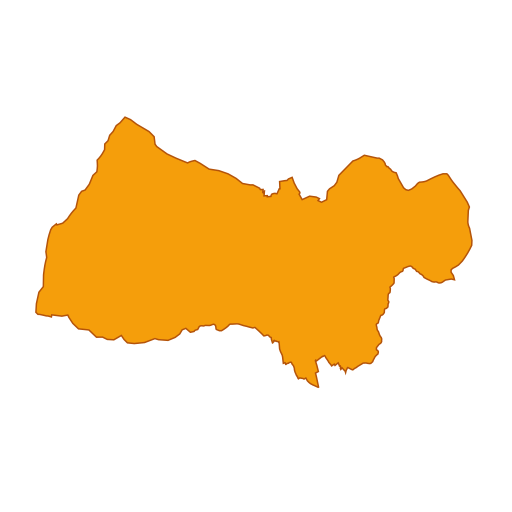 the district of Otelu Rosu, Caras-Severin, Romania, rotated 276°
{"feature_id": "2599482B58163307864274", "entity_name": "Otelu Rosu", "entity_type": "district", "adm_level": 2, "iso_a3": "ROU", "parent_name": "Romania", "parent_adm1": "Caras-Severin", "projection": "robinson", "projection_center": [22.358, 45.525], "detail": "fine", "context": "isolated", "style": "filled", "palette": "amber", "viewbox_px": 512, "rotation_deg": 276, "n_neighbors": 0, "source": "geoboundaries", "source_scale": "gbopen_adm2", "svg_char_len": 6104}
<svg xmlns="http://www.w3.org/2000/svg" viewBox="0 0 512 512"><g transform="rotate(276 256 256)"><path d="M378.5,117.0L380.4,111.2L374.2,106.8L371.1,103.4L364.9,100.9L360.8,97.9L355.2,96.8L351.6,93.9L345.9,94.3L344.0,93.5L341.5,92.4L339.1,91.1L336.8,89.6L334.7,88.0L331.8,88.5L329.0,88.9L326.0,89.0L323.1,88.9L319.1,85.4L309.9,82.7L303.7,79.1L302.1,75.8L298.0,73.4L284.9,71.9L282.2,69.9L279.4,68.0L276.5,66.3L273.4,64.7L268.4,60.3L266.1,54.7L267.1,54.1L263.3,50.3L260.7,49.1L255.4,48.0L250.6,47.3L238.3,46.6L235.6,47.3L232.6,48.0L228.7,47.4L224.7,47.0L220.7,46.8L216.7,46.7L214.9,46.7L203.3,47.7L197.3,43.9L185.7,42.6L177.0,43.0L175.2,45.2L175.3,47.0L174.9,50.8L174.5,53.7L174.6,55.5L174.0,58.9L176.1,59.0L175.9,69.2L177.6,75.0L175.3,76.4L169.8,80.9L165.0,87.1L165.0,97.5L158.6,105.8L159.3,111.9L157.5,116.8L157.8,123.4L162.9,130.4L159.2,133.5L156.2,137.2L156.2,144.1L158.3,154.2L163.3,164.1L162.6,167.8L162.9,177.3L166.6,184.1L170.5,188.3L174.9,190.3L176.7,193.8L173.3,198.7L174.0,200.9L174.5,202.3L175.5,202.9L176.0,203.6L176.8,205.7L179.6,206.8L180.2,207.3L180.7,208.1L181.0,209.5L180.9,210.9L181.1,211.6L181.7,212.8L181.8,214.2L182.0,216.9L182.4,218.2L183.1,219.4L183.6,220.6L183.7,221.4L182.8,222.9L181.2,223.5L180.1,223.7L179.1,224.0L178.8,224.3L177.9,227.4L178.1,229.5L179.7,231.6L181.9,234.1L183.5,235.6L185.0,236.7L185.6,237.5L185.8,239.6L186.5,243.8L186.6,245.3L186.4,246.7L185.5,250.8L185.1,254.0L184.6,256.8L184.1,260.4L184.8,262.2L184.8,262.5L181.8,266.6L178.6,270.7L177.4,272.0L177.5,272.8L178.0,274.2L178.5,275.0L178.5,276.4L178.4,276.8L177.1,277.9L176.5,279.7L176.2,279.8L176.0,279.7L174.5,280.1L171.3,281.5L171.5,281.8L171.8,281.9L172.7,282.7L173.0,282.7L173.3,283.0L173.5,283.0L173.8,282.7L174.0,282.9L173.7,283.3L173.6,283.9L173.5,284.7L173.5,284.9L173.3,284.9L173.2,285.9L173.1,287.1L172.7,287.4L173.0,287.7L171.5,288.2L166.0,289.2L163.6,290.3L160.2,292.4L159.6,292.6L158.4,293.0L152.1,294.4L152.6,295.4L153.0,295.9L152.6,296.3L151.3,296.9L151.3,297.1L152.1,297.8L152.5,298.6L152.7,299.4L153.4,300.1L153.6,300.5L153.9,301.3L154.1,301.6L154.1,301.9L153.9,302.2L153.2,302.8L152.5,303.0L151.2,304.3L150.6,304.8L148.6,305.8L146.6,306.2L144.8,306.9L141.9,308.5L141.5,308.7L141.2,309.2L140.5,309.4L140.2,309.7L140.1,310.0L139.2,310.3L138.3,311.0L139.2,312.1L139.3,312.5L139.1,315.7L138.7,316.3L138.7,316.7L138.8,317.0L139.7,318.0L139.8,318.4L137.3,320.1L135.8,321.9L134.7,323.6L134.1,325.2L133.8,325.8L133.2,327.8L131.8,331.9L131.6,332.1L142.5,328.6L145.8,327.4L146.8,328.9L147.2,329.4L147.6,330.1L153.4,328.0L158.1,326.0L158.7,326.3L158.1,327.3L163.1,332.5L162.9,332.8L164.1,334.5L163.8,334.9L163.5,335.3L162.4,335.9L159.4,338.5L157.8,339.6L155.7,341.8L154.6,342.7L156.6,345.1L155.4,346.0L158.3,348.9L156.2,350.1L155.3,350.5L155.6,351.1L155.5,351.4L154.3,351.7L153.3,351.6L152.1,352.2L152.8,352.7L153.8,353.2L151.5,355.8L150.8,356.7L149.4,357.3L151.6,357.6L153.1,358.2L154.1,358.5L154.7,359.0L153.1,363.0L152.9,364.2L154.5,365.8L155.7,367.6L156.7,368.5L160.7,373.8L161.1,376.6L160.9,378.6L160.9,379.4L160.9,380.4L161.2,381.4L163.1,383.1L164.7,383.5L166.4,384.2L168.2,384.9L169.6,385.9L170.0,386.3L170.4,386.5L171.1,387.4L172.7,387.7L173.4,387.7L174.1,387.4L174.8,386.8L175.2,385.7L175.7,385.5L176.7,385.4L177.4,385.4L178.3,385.9L180.7,387.4L181.2,387.8L181.9,388.7L182.7,389.4L183.4,389.7L184.5,389.9L185.0,389.7L186.6,389.7L187.8,389.2L189.8,387.5L191.1,386.8L193.5,385.7L195.0,384.4L196.1,384.0L197.9,383.6L199.0,383.1L200.2,382.8L200.6,382.8L201.2,383.1L201.8,384.2L202.5,384.6L203.3,384.7L204.7,384.8L209.6,386.2L210.2,386.6L210.3,387.3L210.6,387.8L211.3,388.5L213.1,389.5L215.8,389.4L216.2,389.4L216.9,389.7L217.4,390.8L217.6,391.3L218.6,392.0L218.9,392.4L219.5,392.5L222.2,392.4L223.3,392.8L224.3,392.9L224.9,392.5L225.9,391.7L229.2,391.6L230.7,391.5L231.8,391.6L232.6,391.9L233.5,392.9L234.0,393.1L236.2,393.1L237.7,393.0L238.7,392.5L239.5,392.7L239.9,393.3L241.6,394.8L243.1,395.9L243.7,396.1L247.8,395.8L248.2,395.7L248.9,395.3L249.3,395.2L249.7,395.4L250.1,396.2L251.2,397.8L252.3,399.0L254.5,400.7L255.2,401.5L256.0,403.1L256.4,403.5L257.0,403.7L258.6,403.8L259.2,404.1L260.6,406.8L261.3,408.0L262.0,409.8L262.2,410.7L262.0,411.4L261.5,412.2L261.1,412.9L260.2,413.5L259.5,415.7L257.6,417.3L257.4,417.8L257.4,418.5L257.2,419.1L256.7,419.7L255.8,420.6L255.3,421.3L255.0,422.5L254.4,423.3L253.6,424.4L252.7,425.0L252.2,425.4L250.9,428.5L249.9,431.5L248.9,433.7L248.7,435.9L249.1,437.6L249.0,438.5L248.6,439.5L248.3,440.5L248.4,441.6L248.7,442.8L249.4,444.0L251.9,446.9L253.5,452.6L253.1,455.9L257.2,454.3L260.3,451.7L262.7,451.5L264.3,452.9L266.1,455.6L268.2,458.3L272.7,461.8L276.7,464.0L280.7,466.0L284.9,467.8L289.2,469.4L294.1,469.1L305.9,465.5L307.3,464.7L308.8,464.0L310.3,463.5L311.9,463.1L323.5,462.4L327.0,463.1L331.6,460.5L342.2,452.2L345.0,449.2L350.0,444.2L352.1,442.3L356.5,438.7L357.7,437.2L357.3,433.4L355.5,429.4L353.4,425.6L351.2,422.0L348.4,417.7L347.7,416.0L347.2,414.4L346.8,412.6L346.5,410.9L345.7,409.8L344.6,408.8L343.4,408.0L342.2,407.2L338.9,403.8L337.2,400.7L337.6,398.1L339.3,395.6L347.9,389.4L350.5,388.3L353.4,386.7L353.7,384.4L354.5,382.4L356.4,380.7L357.4,379.1L358.2,378.4L358.7,377.7L358.5,376.9L360.0,375.2L361.5,374.7L362.9,373.7L364.8,371.8L366.2,368.3L366.0,366.3L367.5,353.2L364.1,348.8L362.8,346.8L361.6,344.6L360.6,342.4L344.9,330.0L337.8,328.7L334.1,326.5L330.5,322.1L327.8,320.3L319.4,320.4L316.3,315.5L317.6,311.9L319.7,313.1L320.9,309.7L321.1,303.1L316.9,296.0L322.0,292.4L323.3,293.1L324.3,292.7L327.3,289.8L332.6,286.3L338.0,283.7L336.0,280.2L334.4,279.0L333.9,276.6L332.5,271.7L325.4,272.8L325.3,272.1L320.1,270.4L320.1,269.6L320.3,268.4L320.0,267.1L319.3,265.4L318.0,264.7L316.8,264.6L316.1,261.0L317.2,260.9L316.7,257.7L321.5,257.6L321.4,257.4L320.4,256.5L319.8,256.3L320.1,256.0L322.9,256.1L322.5,253.4L323.8,252.5L326.4,245.6L326.1,242.8L326.7,235.0L331.1,228.1L334.8,219.6L337.0,210.1L337.5,200.3L342.2,191.0L344.6,185.3L344.0,183.5L343.3,181.6L342.5,179.9L341.4,178.2L344.9,166.3L348.2,156.8L354.5,145.8L356.7,143.9L364.0,142.2L368.5,136.7L374.5,123.6L378.5,117.0Z" fill="#f59e0b" stroke="#b45309" stroke-width="1.5"/></g></svg>